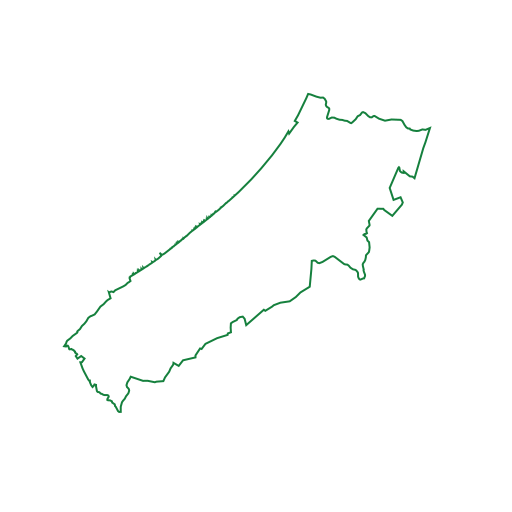 outline of Santiago De Tolú, Sucre, Colombia, rotated 37°
{"feature_id": "7082276B38303278930766", "entity_name": "Santiago De Tolú", "entity_type": "district", "adm_level": 2, "iso_a3": "COL", "parent_name": "Colombia", "parent_adm1": "Sucre", "projection": "equal_earth", "projection_center": [-75.564, 9.531], "detail": "fine", "context": "isolated", "style": "outline", "palette": "green", "viewbox_px": 512, "rotation_deg": 37, "n_neighbors": 0, "source": "geoboundaries", "source_scale": "gbopen_adm2", "svg_char_len": 6067}
<svg xmlns="http://www.w3.org/2000/svg" viewBox="0 0 512 512"><g transform="rotate(37 256 256)"><path d="M157.1,443.5L158.8,442.6L159.0,441.3L159.7,440.9L160.6,441.2L163.0,442.8L163.4,442.7L164.6,441.3L165.7,441.4L166.1,441.1L167.5,441.0L168.1,441.3L169.0,441.2L169.4,441.8L170.1,442.1L171.6,441.9L172.4,442.1L172.3,444.4L175.2,445.4L176.6,441.1L180.8,441.1L180.9,445.6L179.7,446.6L185.2,450.2L188.0,451.7L196.3,455.6L197.8,456.0L198.3,455.5L199.4,456.8L202.2,458.4L204.3,459.0L204.5,457.4L204.3,455.8L205.8,455.2L206.6,456.3L210.1,459.5L210.8,459.8L211.6,459.8L212.5,459.2L213.4,459.1L214.7,459.4L215.8,458.9L217.6,458.7L218.8,458.2L220.9,456.6L222.0,456.3L222.9,456.8L223.1,457.2L223.3,459.4L223.8,460.4L224.6,460.3L226.4,459.1L228.4,458.8L229.3,459.6L232.5,459.5L233.8,460.7L234.7,460.8L239.2,462.9L240.5,462.9L241.8,461.9L238.7,457.8L237.0,453.5L236.9,451.8L237.1,449.0L236.6,446.2L236.7,442.6L236.3,441.3L235.7,439.8L234.7,438.9L233.5,438.5L231.9,438.3L230.3,437.1L229.3,434.3L229.1,430.4L228.6,427.8L240.9,423.7L244.5,420.9L251.2,417.7L252.1,416.3L257.3,411.7L256.4,407.7L256.3,400.7L255.4,397.1L255.3,393.0L255.0,392.0L254.4,391.0L260.4,390.3L260.5,383.2L268.7,373.4L267.5,371.8L267.0,363.5L268.5,363.0L268.5,356.6L274.4,345.0L280.8,336.1L280.1,334.8L281.9,332.0L278.9,328.5L276.5,324.9L277.1,322.8L279.2,318.7L279.0,317.2L279.8,314.7L281.9,312.4L284.7,313.0L289.8,317.1L294.6,294.2L296.4,294.2L299.3,286.8L299.8,284.6L303.6,278.6L310.2,271.9L312.5,264.8L313.4,258.4L317.4,248.2L308.1,233.1L303.5,226.3L304.6,225.0L305.9,224.1L307.1,224.0L309.3,224.3L310.9,223.6L312.7,220.7L316.2,211.7L317.3,210.0L318.0,209.6L319.5,209.3L331.1,209.4L332.2,209.1L334.2,207.9L335.9,207.9L338.4,208.5L341.4,208.3L343.6,207.3L344.7,207.2L346.8,207.7L347.7,208.2L350.0,211.1L351.7,212.1L352.9,212.3L353.6,212.0L355.1,209.4L355.8,208.8L355.1,206.3L354.3,205.3L351.6,203.6L350.3,202.5L350.2,202.0L347.4,199.7L346.2,198.4L345.9,196.8L346.0,195.2L345.6,193.3L344.5,190.9L343.5,189.4L343.4,188.9L343.8,185.1L343.3,183.8L341.6,180.8L338.0,176.9L335.7,176.6L333.2,174.6L329.2,174.5L329.4,173.3L330.6,171.9L330.9,171.0L329.7,170.2L328.1,168.4L327.9,167.3L328.3,163.4L328.1,162.9L325.0,160.1L324.6,145.1L329.3,141.7L330.7,142.1L340.7,141.9L341.6,127.2L341.0,124.9L336.1,122.1L332.1,128.4L321.8,121.2L316.6,99.9L316.7,99.1L317.3,99.2L319.8,101.5L321.0,101.7L322.4,101.6L323.9,100.8L322.9,99.5L330.9,99.8L333.3,98.4L335.8,98.5L324.7,69.2L322.9,63.3L317.9,49.1L315.5,53.2L312.7,54.8L310.7,58.0L309.1,59.5L306.1,61.2L303.1,62.1L302.1,61.7L300.6,62.7L298.6,62.8L295.7,61.9L291.7,60.1L289.6,60.2L282.1,65.4L277.6,70.3L271.6,72.3L266.4,72.8L265.6,73.6L265.0,75.6L263.5,76.6L261.4,76.7L257.4,76.1L255.0,76.6L254.5,77.2L254.3,77.8L254.3,80.8L253.1,83.2L253.3,86.8L252.5,91.3L252.1,92.6L251.3,92.9L247.5,93.3L245.3,94.6L243.0,95.4L240.7,96.9L237.5,98.0L235.3,98.4L233.2,99.8L231.7,102.6L230.9,103.2L230.0,103.3L229.2,102.5L226.7,95.5L226.0,94.4L225.1,94.0L222.7,94.2L221.5,93.8L220.7,93.2L219.8,91.3L219.0,90.3L216.2,89.1L214.2,89.1L212.2,90.8L208.3,92.4L202.5,94.1L200.1,95.2L201.2,99.7L204.9,118.3L205.7,124.8L208.9,124.4L208.6,130.1L208.8,138.3L206.9,137.0L207.7,144.5L208.1,151.8L208.2,166.0L207.4,183.1L206.1,197.7L203.7,215.1L202.8,219.9L202.5,220.2L202.7,220.3L202.2,223.1L201.9,223.3L202.0,224.1L201.2,228.0L201.1,228.6L200.8,229.1L200.7,230.3L200.4,231.6L200.2,231.7L199.7,235.4L199.3,237.2L199.1,237.3L198.9,238.5L198.7,238.6L198.9,239.0L198.4,241.7L197.6,244.6L197.0,244.8L196.0,244.5L197.2,245.1L196.9,247.6L196.6,247.8L196.7,248.3L196.4,248.7L196.6,248.9L196.4,249.8L196.3,250.3L196.0,250.3L196.2,250.6L196.0,250.9L196.1,251.1L195.9,251.5L195.9,251.9L195.7,252.0L195.8,252.5L195.2,252.8L195.5,253.0L195.4,254.0L194.9,253.9L195.3,254.2L195.2,254.8L195.1,255.2L194.7,255.1L195.0,255.4L194.8,256.2L194.4,256.2L194.7,256.7L194.4,257.6L194.1,257.5L194.4,257.8L194.3,258.3L194.1,258.6L193.8,258.6L194.1,259.0L193.9,259.8L193.5,259.7L193.8,260.3L193.6,260.9L193.2,261.0L193.5,261.2L193.4,261.6L193.1,262.1L192.8,262.0L193.1,262.7L192.9,263.2L192.6,263.3L192.8,263.7L192.5,264.5L192.2,264.5L192.5,264.8L192.2,265.8L191.7,265.7L192.1,266.0L191.6,268.1L191.2,268.2L191.6,268.4L191.5,268.9L190.6,269.3L191.2,269.9L191.1,270.5L190.6,270.6L190.7,271.0L190.9,270.9L190.7,271.7L190.3,271.6L190.5,272.3L190.3,273.4L190.0,273.8L189.7,273.9L189.9,274.4L189.2,277.3L188.6,281.4L188.3,281.9L187.7,281.6L188.3,282.2L187.9,282.8L187.5,282.5L188.1,283.1L187.8,284.0L187.2,283.9L187.7,284.2L187.7,285.3L187.6,285.8L187.2,285.7L187.4,286.3L187.0,286.7L187.1,287.0L186.7,288.3L186.8,288.7L186.3,289.9L186.3,290.6L186.0,290.7L186.0,291.6L185.8,291.6L186.0,291.8L185.9,292.3L185.7,292.7L185.3,292.7L185.6,293.1L185.4,293.9L185.1,293.9L185.3,294.2L185.1,295.1L184.8,295.3L185.0,295.5L184.5,297.1L184.5,297.8L184.0,298.7L184.0,299.6L183.8,299.7L183.9,300.0L183.4,301.8L183.2,301.8L183.2,302.5L181.4,309.2L180.4,311.5L179.8,311.8L179.2,311.7L179.1,312.1L177.1,311.2L179.7,312.5L180.2,313.1L179.4,317.1L178.6,319.1L178.4,319.5L178.0,319.4L178.3,319.7L178.1,321.1L177.6,322.1L177.3,322.0L177.6,322.3L177.3,323.1L176.7,323.2L177.1,323.5L177.0,324.2L175.7,327.7L175.2,327.6L175.6,327.9L175.4,328.9L174.8,328.7L175.2,329.1L174.8,330.5L174.4,331.1L173.9,330.9L174.4,331.3L174.2,331.9L173.7,333.3L173.1,333.2L173.6,333.7L172.9,335.6L172.3,335.4L172.7,336.0L172.1,337.7L171.5,337.7L171.9,338.0L171.8,338.6L171.3,339.6L170.8,339.4L171.2,340.0L170.9,340.8L170.4,340.6L170.8,341.0L170.3,342.3L170.1,342.3L170.1,343.0L169.7,344.0L169.3,343.9L169.6,344.3L169.1,345.4L168.8,345.3L169.0,345.7L167.8,348.4L167.3,348.3L168.3,349.0L168.2,349.6L168.6,350.0L170.8,351.5L170.2,353.6L169.7,354.6L169.3,357.6L168.3,360.1L164.2,368.1L163.9,370.6L162.0,371.3L161.4,372.0L160.6,373.5L160.3,373.5L165.3,377.3L164.0,380.5L163.6,382.6L163.3,386.2L162.2,390.0L162.4,396.2L162.3,399.8L160.6,403.0L160.1,403.6L159.3,406.3L159.8,410.2L159.7,413.4L159.1,416.7L159.4,420.3L158.7,423.3L158.7,423.9L159.3,424.5L159.3,425.1L157.7,430.2L157.3,433.5L156.2,437.3L156.4,438.8L156.9,440.0L157.1,443.5Z" fill="none" stroke="#15803d" stroke-width="2"/></g></svg>